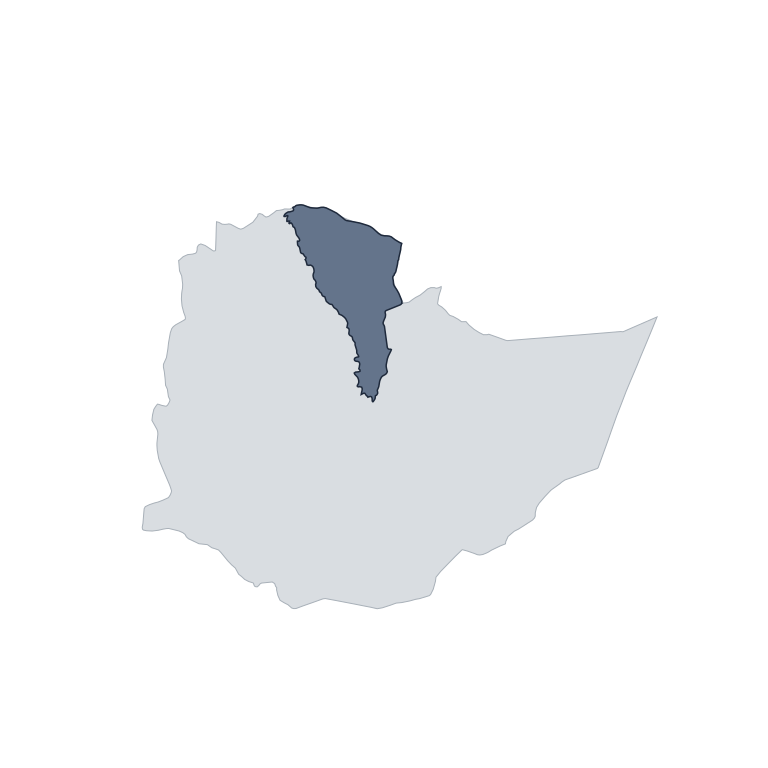 Afar on a map of Ethiopia (Albers equal-area conic projection), rotated 338°
{"feature_id": "ETH-3111", "entity_name": "Afar", "entity_type": "Administrative State", "adm_level": 1, "iso_a3": "ETH", "parent_name": "Ethiopia", "parent_adm1": "", "projection": "albers", "projection_center": [40.326, 11.654], "detail": "fine", "context": "in_parent", "style": "filled", "palette": "slate", "viewbox_px": 768, "rotation_deg": 338, "n_neighbors": 0, "source": "natural_earth", "source_scale": "10m", "svg_char_len": 8177}
<svg xmlns="http://www.w3.org/2000/svg" viewBox="0 0 768 768"><g transform="rotate(338 384 384)"><path d="M188.4,519.8L187.8,519.1L184.6,516.5L181.6,513.0L179.8,509.1L178.0,506.0L177.2,499.0L175.0,494.7L172.9,489.4L169.8,479.4L168.4,475.9L165.7,473.5L163.0,471.3L160.1,466.8L152.6,462.8L149.7,459.6L144.7,454.2L143.5,451.6L143.2,448.9L141.7,446.4L138.9,443.5L130.3,437.3L127.9,436.5L124.7,435.8L120.1,435.1L114.0,433.5L108.7,431.0L106.2,429.3L105.7,428.1L106.2,426.2L108.3,422.9L112.2,415.1L114.9,409.8L116.7,408.3L121.4,408.0L126.5,408.3L130.2,408.8L135.4,408.9L141.6,408.6L144.1,406.9L146.1,404.9L147.0,403.5L147.3,400.0L147.4,397.2L147.2,386.4L147.1,379.7L147.0,372.1L147.1,370.6L147.2,368.7L148.9,360.6L150.4,356.0L151.4,353.6L155.5,345.9L156.3,343.5L156.5,341.2L155.2,330.8L157.8,326.0L161.2,321.2L164.0,319.2L166.4,317.8L167.5,318.5L170.1,320.7L173.6,323.0L175.3,322.6L177.8,320.7L179.6,318.7L179.4,315.0L181.2,307.6L181.0,303.3L182.8,297.9L184.9,290.4L185.8,285.7L186.9,283.1L192.2,278.0L196.7,270.6L199.6,265.2L205.1,256.4L207.9,253.2L210.1,251.9L213.4,251.0L219.5,250.3L223.9,249.6L224.6,248.5L225.0,246.7L225.1,242.7L226.0,235.9L228.0,229.3L230.3,224.3L231.6,222.0L233.0,219.8L234.7,216.1L236.9,208.0L236.8,202.5L239.9,192.5L240.6,192.5L245.5,190.7L250.4,190.5L255.0,191.8L258.1,192.2L259.5,191.6L260.8,189.9L262.1,187.2L264.0,185.7L266.6,185.5L270.1,188.6L275.6,196.7L277.0,197.2L277.9,197.0L280.8,190.5L283.0,185.5L287.1,176.1L289.5,170.8L291.6,172.4L293.7,175.1L296.2,176.4L298.8,177.2L300.1,177.4L301.7,178.5L307.3,185.2L309.2,186.8L311.9,187.0L323.0,184.9L329.7,181.0L330.8,179.4L332.6,179.4L334.8,181.2L335.6,182.9L337.1,185.0L339.7,185.4L346.1,183.9L349.2,182.9L351.8,183.7L355.2,184.4L357.3,184.4L362.4,186.6L368.4,185.9L371.3,186.0L374.2,186.9L379.0,190.4L385.2,194.6L394.1,197.6L396.0,198.9L400.3,203.7L407.0,212.9L415.8,221.7L425.4,228.7L430.5,233.5L434.0,239.4L437.4,244.8L440.8,247.1L444.1,248.9L447.4,253.0L449.8,256.4L453.1,260.3L449.5,265.6L444.8,272.8L439.2,281.1L437.5,283.2L432.6,288.2L431.8,289.6L430.9,293.3L430.8,299.9L431.5,308.3L432.1,316.1L434.9,317.0L438.0,317.5L441.5,316.5L445.7,315.6L450.9,315.1L456.6,313.4L460.0,312.2L463.6,312.2L466.8,313.5L468.3,314.8L470.6,315.2L473.5,315.1L472.9,316.6L471.3,318.7L469.4,320.9L467.7,323.1L463.9,329.3L463.8,330.1L464.3,331.4L466.4,334.2L468.6,338.7L469.8,342.9L470.7,345.0L473.4,347.3L477.2,352.0L479.2,355.3L483.4,356.9L484.8,361.0L488.0,367.1L491.4,371.8L494.7,375.6L498.4,377.0L499.8,377.1L507.6,384.0L513.4,389.2L514.9,390.1L525.4,393.4L537.6,397.2L547.3,400.3L559.7,404.2L572.0,408.0L583.5,411.7L599.6,416.7L612.7,420.8L623.0,424.0L625.2,425.1L662.3,424.1L653.4,433.3L643.3,443.6L632.6,454.4L625.8,461.4L614.8,472.4L605.7,481.6L596.4,491.6L587.9,500.6L576.8,513.1L569.7,521.2L558.4,533.8L551.3,541.7L550.3,542.2L539.9,541.8L529.9,541.4L517.0,540.8L515.6,540.8L511.9,541.6L509.6,542.4L500.4,544.6L498.7,545.1L491.1,548.6L483.3,552.6L479.2,555.6L476.0,560.1L474.7,563.2L473.3,564.6L470.8,565.8L454.4,568.9L449.6,569.3L442.0,571.8L437.9,575.7L436.7,577.7L431.2,577.7L421.6,578.3L417.4,579.0L415.4,579.1L411.7,579.1L408.7,578.4L406.7,577.3L404.2,574.9L398.6,570.0L394.5,566.9L385.6,570.5L377.6,574.0L366.3,579.0L359.8,582.6L357.8,586.2L352.8,592.7L348.3,596.7L346.6,597.2L336.5,596.3L332.8,595.5L326.7,594.8L318.6,593.3L313.2,591.7L307.3,591.5L298.7,590.9L293.5,589.8L288.2,586.1L281.4,581.7L274.4,577.1L267.1,572.4L258.6,566.9L249.3,561.0L247.2,560.4L246.2,560.3L236.1,559.9L225.5,559.4L218.3,559.2L216.1,558.4L214.5,557.1L212.3,552.7L209.6,549.6L206.6,545.6L206.4,540.3L207.3,534.6L208.2,532.7L207.7,530.8L207.9,528.1L206.2,525.7L195.9,522.7L194.2,522.9L192.5,523.9L190.5,524.6L189.1,523.9L188.2,522.8L188.2,521.1L188.4,519.8Z" fill="#d9dde1" stroke="#a8b0b8" stroke-width="1"/><path d="M438.4,282.3L437.0,284.3L436.6,284.7L436.1,285.1L435.6,285.4L435.2,285.5L434.9,285.7L434.7,286.3L434.3,286.7L432.9,287.4L432.4,287.8L431.8,289.0L431.3,291.8L430.2,295.2L430.3,297.3L431.2,301.6L431.7,305.6L431.7,312.8L431.4,314.4L430.8,315.5L431.0,315.8L430.6,315.9L430.0,316.3L429.3,316.6L428.2,316.7L413.5,316.7L412.7,316.9L412.0,317.7L411.7,318.7L411.6,319.7L411.3,320.6L410.3,322.4L407.5,325.2L406.2,326.7L405.9,327.5L405.8,328.2L406.0,329.8L406.0,330.8L400.8,351.2L400.8,352.1L401.1,353.1L401.7,353.6L403.3,354.3L403.7,354.8L403.1,355.6L398.5,359.7L396.5,362.0L393.2,367.1L392.6,368.5L392.0,371.2L391.7,373.8L390.7,374.8L389.7,375.4L388.5,375.7L385.5,376.1L384.2,376.7L383.1,377.6L381.9,378.8L380.9,380.0L378.4,384.1L377.9,384.8L375.6,387.1L375.3,387.6L375.2,388.2L375.1,389.0L374.7,390.2L373.9,390.9L372.9,391.6L371.7,391.6L370.4,394.0L369.6,394.8L367.4,396.3L366.9,396.2L366.7,395.3L367.6,392.9L367.6,391.2L366.9,390.5L365.7,390.3L364.1,390.2L364.2,389.5L364.0,389.1L363.7,388.8L363.4,388.3L363.2,387.6L362.9,386.0L362.7,385.4L361.9,385.0L360.9,385.0L358.9,385.2L359.8,383.8L361.0,382.1L362.0,380.4L362.1,378.6L360.8,377.6L360.3,377.3L359.3,377.1L358.9,376.9L358.4,376.3L358.5,375.7L359.0,375.1L359.8,374.6L361.1,373.2L361.8,371.5L362.1,369.6L362.0,367.7L360.6,364.2L360.5,362.7L362.0,362.3L365.1,363.2L366.5,363.2L367.0,362.1L366.9,361.7L366.6,361.2L366.4,360.8L366.4,360.3L367.5,359.0L367.8,358.3L368.8,356.8L369.1,356.0L369.2,354.6L368.8,353.8L368.1,353.2L366.9,352.6L366.1,352.0L365.7,351.3L365.6,350.5L366.0,349.6L366.6,349.1L367.5,348.9L368.4,348.9L369.2,349.0L370.0,349.2L370.6,349.3L370.8,349.1L370.9,348.3L370.8,347.3L370.6,346.4L370.4,345.4L370.6,344.4L371.3,342.6L371.4,341.9L371.8,337.2L372.0,336.4L372.4,335.6L372.6,334.9L372.6,334.6L372.5,334.4L371.7,331.7L371.7,330.8L372.1,329.0L372.0,328.2L371.8,327.7L370.7,326.3L370.3,325.3L370.2,324.4L370.5,323.6L371.6,321.7L372.0,320.7L372.1,319.7L371.7,318.7L370.8,317.7L372.8,314.6L373.1,314.0L373.2,313.4L373.3,312.7L373.1,311.4L373.0,309.6L372.7,308.6L372.4,307.6L370.9,304.9L370.3,304.1L369.6,303.5L368.5,302.3L368.6,301.2L368.6,300.1L368.3,298.0L368.0,297.1L366.4,294.6L366.1,293.7L365.8,291.8L365.6,291.0L365.5,290.7L365.3,290.6L364.5,290.2L363.7,289.6L363.1,288.8L361.8,286.4L361.5,285.7L361.5,284.7L361.8,281.0L361.7,280.8L360.9,280.3L360.6,280.0L360.4,279.7L360.1,279.2L359.9,278.7L359.9,278.1L359.9,277.1L359.9,276.5L359.7,275.9L359.5,275.4L358.8,274.4L358.8,273.9L358.8,273.5L358.9,272.9L358.6,271.9L357.6,270.0L357.4,268.9L357.3,268.4L357.3,268.0L357.4,267.6L358.0,265.8L358.7,265.2L359.0,264.5L359.1,263.6L359.1,262.8L359.0,262.0L358.5,260.8L358.3,260.2L358.5,258.3L358.9,256.8L359.7,255.4L361.0,254.0L361.5,253.0L362.0,251.2L362.1,249.5L361.9,248.2L361.0,246.8L360.4,246.2L359.7,246.0L358.9,245.9L358.3,245.6L357.2,244.7L357.4,243.9L357.5,243.4L357.5,242.6L357.7,241.6L357.7,240.8L357.5,239.1L358.0,239.0L358.5,238.5L358.9,237.9L359.1,237.2L358.6,236.5L358.4,236.1L357.8,233.3L357.6,232.8L357.5,232.7L357.2,232.6L356.9,232.4L356.4,231.8L356.3,231.7L356.0,231.0L356.0,230.6L356.7,226.8L356.8,225.9L356.7,224.9L356.1,223.4L356.1,222.5L357.0,219.6L357.3,219.1L358.6,219.8L359.7,219.1L359.9,217.5L359.5,215.7L359.1,214.3L358.8,213.0L358.9,211.3L359.6,207.8L359.6,205.7L359.6,205.4L359.5,205.2L359.3,204.9L358.8,204.5L358.6,204.0L358.6,203.5L358.8,202.1L358.7,201.5L358.6,200.7L358.3,200.0L357.9,199.6L357.5,199.7L356.9,200.0L356.4,199.9L356.1,199.3L356.3,198.9L357.5,197.6L356.9,197.3L356.3,197.1L355.7,197.1L355.2,197.1L354.9,196.9L355.1,196.2L356.0,194.2L357.6,192.5L357.8,192.0L357.2,191.5L355.0,191.7L354.1,191.2L354.1,190.9L354.4,190.5L355.4,189.7L356.5,189.1L359.1,188.6L359.7,188.6L361.1,189.1L363.9,189.4L364.8,189.3L365.0,189.2L365.3,188.8L365.6,188.3L365.6,188.2L365.6,187.2L365.6,186.7L365.5,186.4L365.9,186.1L366.2,186.0L367.0,186.2L367.5,186.2L369.3,185.6L370.0,185.6L373.2,186.4L374.8,187.1L376.2,187.9L379.0,190.5L381.5,192.8L383.6,193.9L387.5,195.8L388.5,196.1L391.8,196.6L394.2,197.5L396.4,199.1L400.3,203.4L404.1,207.8L407.0,212.8L409.5,217.4L410.6,218.5L415.6,221.6L421.9,225.7L425.7,228.8L428.5,231.1L430.0,232.6L431.2,234.2L432.4,236.2L435.3,242.3L437.2,245.0L440.0,246.8L442.1,247.7L444.2,248.8L445.9,250.3L448.3,254.4L451.3,258.4L453.1,260.3L450.9,263.3L449.8,265.7L445.0,272.5L444.4,273.8L444.1,274.3L443.3,274.7L442.9,275.2L441.4,278.0L438.4,282.3Z" fill="#64748b" stroke="#1e293b" stroke-width="1.5"/></g></svg>